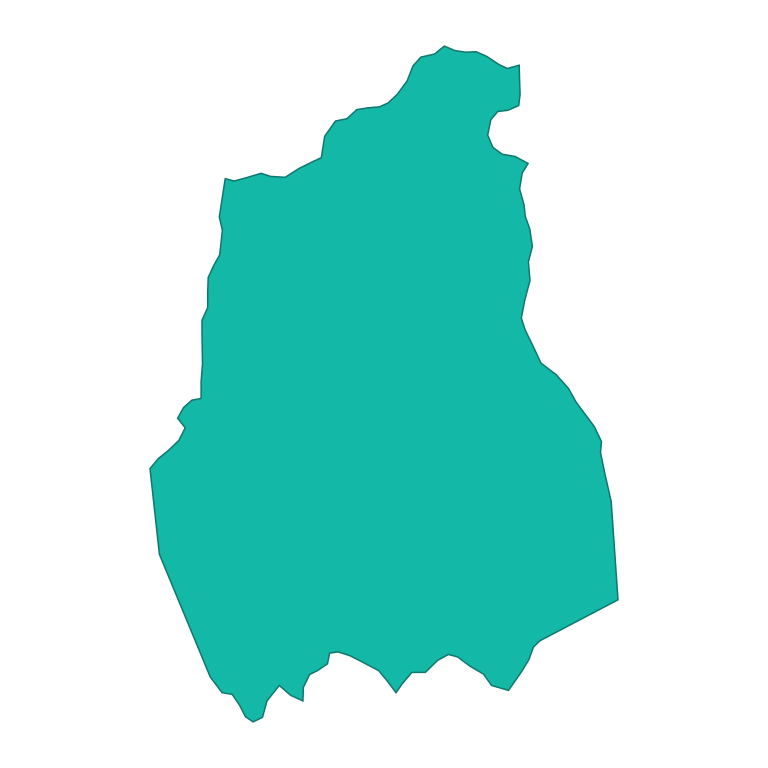 Solânea, Paraíba, Brazil
{"feature_id": "56859067B20295447972760", "entity_name": "Solânea", "entity_type": "district", "adm_level": 2, "iso_a3": "BRA", "parent_name": "Brazil", "parent_adm1": "Paraíba", "projection": "equal_earth", "projection_center": [-35.722, -6.744], "detail": "fine", "context": "isolated", "style": "filled", "palette": "teal", "viewbox_px": 768, "rotation_deg": 0, "n_neighbors": 0, "source": "geoboundaries", "source_scale": "gbopen_adm2", "svg_char_len": 1569}
<svg xmlns="http://www.w3.org/2000/svg" viewBox="0 0 768 768"><path d="M470.3,666.4L483.5,674.1L491.6,685.5L508.5,690.4L521.8,671.3L528.9,659.6L533.4,647.2L540.0,640.7L618.0,599.8L612.5,520.0L611.2,501.6L604.7,472.8L600.5,452.5L601.5,441.6L594.3,426.6L576.1,402.1L568.4,388.3L556.1,374.6L541.0,363.1L532.9,345.8L525.3,330.2L521.3,318.1L524.9,299.6L530.0,280.5L528.4,261.8L532.4,246.4L529.8,228.9L525.3,216.5L524.1,205.1L519.6,189.0L522.2,173.1L528.1,163.5L515.2,156.5L502.2,154.2L492.9,147.4L487.7,135.0L490.8,119.9L497.7,111.5L507.9,110.3L518.7,105.6L520.1,94.6L519.6,80.4L519.2,65.2L507.3,68.5L498.2,64.1L486.8,56.4L476.1,51.7L465.8,52.2L454.6,50.5L444.3,46.1L434.6,54.0L420.9,57.1L413.0,65.9L407.1,80.9L397.4,94.2L388.0,103.0L379.5,106.8L367.5,107.9L356.8,109.6L346.9,118.7L335.5,121.0L324.7,136.2L321.3,157.7L313.6,161.2L299.1,168.4L285.2,177.3L270.5,176.4L261.1,173.3L247.8,177.3L234.4,181.0L225.2,178.7L219.3,217.0L222.4,230.3L219.7,254.8L214.3,264.4L208.2,277.4L207.7,292.4L207.7,307.6L202.0,320.2L202.0,333.9L202.5,363.8L201.1,381.8L201.1,398.4L191.8,400.2L183.6,407.5L177.6,418.2L185.2,427.8L178.9,440.4L167.3,451.4L158.5,458.4L150.0,468.6L159.4,554.3L210.3,677.1L222.1,692.7L232.2,694.4L239.5,705.1L245.5,716.8L253.1,721.9L262.5,717.3L267.0,700.9L279.3,685.5L290.9,695.5L302.9,700.9L303.4,687.4L309.6,674.5L317.6,670.6L327.5,663.8L329.6,653.1L338.1,651.9L349.7,655.6L361.3,661.5L378.6,670.6L387.1,680.8L396.0,692.7L402.7,683.2L411.9,672.4L425.3,672.4L437.7,660.3L448.3,654.5L457.3,656.8L470.3,666.4Z" fill="#14b8a6" stroke="#0f766e" stroke-width="1.5"/></svg>